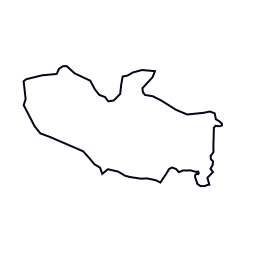 the district of Nyong-et-Mfoumou, Centre, Cameroon, rotated 249°
{"feature_id": "32672807B17257894448554", "entity_name": "Nyong-et-Mfoumou", "entity_type": "district", "adm_level": 2, "iso_a3": "CMR", "parent_name": "Cameroon", "parent_adm1": "Centre", "projection": "orthographic", "projection_center": [12.233, 3.83], "detail": "fine", "context": "isolated", "style": "outline", "palette": "ink", "viewbox_px": 256, "rotation_deg": 249, "n_neighbors": 0, "source": "geoboundaries", "source_scale": "gbopen_adm2", "svg_char_len": 1247}
<svg xmlns="http://www.w3.org/2000/svg" viewBox="0 0 256 256"><g transform="rotate(249 128 128)"><path d="M94.4,87.5L96.7,94.5L90.8,103.2L84.2,108.4L83.2,109.9L81.2,112.8L76.4,121.3L76.0,121.9L74.2,127.6L69.4,135.1L65.5,138.7L68.9,143.5L71.6,147.4L74.9,151.5L75.4,154.8L72.6,158.1L68.5,159.7L68.7,164.0L66.8,169.0L66.0,171.3L63.0,175.2L62.1,177.9L60.5,177.9L59.8,177.0L60.6,175.7L60.1,174.0L58.1,173.0L53.7,172.9L51.0,172.7L47.8,174.9L46.2,179.0L46.4,181.4L46.0,183.6L53.1,184.3L56.4,191.6L60.4,190.4L63.1,193.8L66.4,195.4L69.2,194.2L72.3,195.1L74.9,199.2L79.7,200.9L97.3,208.2L98.7,210.4L96.8,214.1L96.8,216.7L98.5,217.2L101.6,215.6L104.7,213.2L110.6,214.2L114.0,210.4L115.2,203.5L119.4,188.1L127.8,179.3L141.6,169.0L148.7,162.6L152.8,155.7L153.8,155.4L156.1,154.8L160.0,155.7L164.4,164.7L166.6,169.1L171.4,173.5L177.1,161.9L178.1,152.5L177.1,146.3L178.0,141.5L170.9,137.2L162.6,132.9L158.8,124.6L160.0,119.1L165.0,117.7L169.3,113.0L176.2,110.9L185.7,109.7L198.1,97.8L207.8,92.9L209.0,89.3L208.0,84.8L204.0,80.8L208.0,66.5L210.0,50.5L209.0,47.3L191.7,42.8L186.7,38.8L163.3,41.4L154.4,44.2L153.8,44.9L146.5,53.1L142.3,57.3L122.3,77.8L113.7,81.1L106.9,83.4L106.2,83.6L101.0,87.7L94.4,87.5Z" fill="none" stroke="#020617" stroke-width="2"/></g></svg>